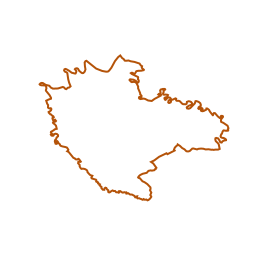 Ricaurte, Cundinamarca, Colombia (Equal Earth projection), rotated 107°
{"feature_id": "7082276B32773092643387", "entity_name": "Ricaurte", "entity_type": "district", "adm_level": 2, "iso_a3": "COL", "parent_name": "Colombia", "parent_adm1": "Cundinamarca", "projection": "equal_earth", "projection_center": [-74.719, 4.31], "detail": "fine", "context": "isolated", "style": "outline", "palette": "amber", "viewbox_px": 256, "rotation_deg": 107, "n_neighbors": 0, "source": "geoboundaries", "source_scale": "gbopen_adm2", "svg_char_len": 5766}
<svg xmlns="http://www.w3.org/2000/svg" viewBox="0 0 256 256"><g transform="rotate(107 128 128)"><path d="M190.9,87.4L188.9,86.2L187.0,85.6L186.6,85.8L185.6,87.1L183.0,86.8L181.0,88.8L179.7,88.6L178.2,89.2L176.0,93.1L175.0,96.3L174.7,98.6L172.6,101.9L172.6,103.4L172.2,103.9L170.5,103.3L169.3,102.5L167.5,100.6L165.4,97.0L163.0,95.9L161.9,93.9L161.8,92.7L160.6,90.4L159.7,90.2L159.2,89.6L158.9,89.8L157.8,89.2L154.5,93.5L153.7,96.0L151.3,93.4L146.4,89.8L140.9,83.8L141.5,82.6L135.9,76.8L135.2,77.7L133.1,77.5L131.1,76.5L130.1,75.7L129.2,75.7L130.0,72.9L131.3,70.4L131.9,67.7L133.1,65.5L133.1,64.6L132.7,63.3L131.9,62.2L128.9,60.5L128.5,59.6L128.3,55.7L127.4,54.7L126.3,52.1L125.8,49.8L125.8,47.5L124.8,44.8L124.4,41.8L124.0,40.8L123.9,39.7L123.1,38.1L122.3,35.5L121.2,34.2L117.0,36.5L116.1,37.8L114.9,40.2L113.6,41.1L112.3,41.4L111.7,40.8L111.6,38.8L113.2,36.8L114.4,35.9L114.7,34.6L114.4,34.1L113.2,33.8L112.0,32.6L111.0,30.7L110.5,30.8L110.2,31.2L109.7,32.7L109.6,33.9L109.9,35.0L109.6,36.5L108.7,37.1L106.7,37.0L106.0,36.5L103.9,36.5L102.6,36.1L102.3,35.8L102.0,33.4L101.3,31.6L100.7,31.5L100.0,32.2L98.8,31.9L96.7,33.5L95.2,38.3L94.9,40.7L94.0,41.2L92.6,41.5L89.6,40.4L89.1,40.6L88.9,41.0L88.9,41.7L89.2,42.5L91.2,42.7L91.6,43.2L90.6,45.6L88.4,49.1L88.4,49.5L88.6,50.2L89.0,50.4L90.9,50.5L91.0,50.7L88.4,54.4L87.0,55.8L86.2,57.8L86.4,58.7L87.7,58.7L88.2,59.0L88.8,60.0L89.5,60.4L90.2,61.7L90.3,62.9L89.9,63.4L89.4,63.3L88.1,62.2L87.5,62.7L87.4,63.9L88.6,64.9L89.1,65.8L88.8,66.5L87.5,66.5L86.5,65.8L85.7,64.9L84.6,65.1L83.2,66.1L82.6,67.4L82.3,68.8L82.3,70.6L82.6,71.3L85.0,71.3L90.8,74.3L91.8,75.6L92.0,77.2L91.3,77.8L90.8,77.8L89.0,76.4L87.3,74.3L86.5,73.9L85.6,73.9L84.7,75.2L84.5,76.7L84.7,77.9L85.8,79.3L87.6,79.0L88.4,79.6L89.1,82.3L88.9,83.3L87.2,86.4L87.2,87.5L87.7,89.1L87.6,89.8L87.1,90.3L85.9,90.5L85.8,91.3L87.7,93.4L88.6,94.9L89.1,95.2L90.1,94.6L91.0,94.7L91.9,95.6L92.1,96.4L91.8,97.0L90.1,97.2L89.5,96.9L88.2,95.7L87.3,95.7L86.7,96.8L87.0,98.6L90.1,100.3L90.2,100.6L89.9,101.2L88.8,101.9L87.8,101.3L87.1,99.7L84.8,99.4L84.7,100.1L85.1,102.1L85.6,103.2L85.7,104.0L84.7,104.6L83.0,104.4L81.8,105.0L80.4,103.7L80.2,103.7L79.9,104.2L80.4,106.0L81.7,108.0L82.9,108.2L84.5,107.2L85.4,107.2L86.4,108.5L87.1,108.8L87.2,108.1L86.0,106.5L86.2,106.2L87.4,106.1L92.4,111.1L95.2,113.2L95.8,116.8L95.2,120.1L95.3,121.6L96.7,124.6L96.6,125.7L96.1,126.3L95.3,126.4L94.8,125.9L94.8,124.8L94.5,124.2L93.2,124.5L92.2,126.2L91.2,126.5L87.0,130.0L85.4,130.4L82.9,132.7L82.3,133.6L82.0,134.5L82.1,135.8L83.0,137.7L82.9,138.5L81.8,140.5L81.5,140.6L80.8,140.2L80.2,136.8L80.6,134.4L81.8,132.4L81.5,131.6L80.8,131.3L79.9,131.4L79.1,131.9L78.4,132.8L76.9,133.0L76.3,133.4L75.2,140.2L74.7,141.3L74.2,140.9L73.9,139.9L74.0,139.3L74.6,138.7L74.5,137.8L73.6,137.2L71.2,136.6L70.3,134.9L69.4,132.2L68.1,129.9L67.6,129.9L66.8,131.9L66.0,132.6L64.8,132.6L64.4,134.1L63.0,135.8L62.9,141.1L63.4,144.9L63.3,147.2L64.3,149.6L64.5,150.9L63.4,152.2L62.8,154.1L60.9,156.6L63.0,158.1L67.8,160.0L75.2,161.5L78.6,162.8L79.8,163.6L80.3,164.6L80.6,165.8L81.0,169.4L80.5,175.8L75.9,187.4L76.5,188.2L78.0,188.6L81.4,187.3L84.4,185.8L86.8,185.9L88.5,186.8L88.9,187.8L88.8,188.6L87.6,191.4L86.0,193.1L85.8,194.3L86.6,195.7L87.3,196.0L88.3,194.5L88.8,194.0L90.1,193.9L91.2,194.1L91.4,194.4L91.6,198.0L90.5,201.0L89.8,204.1L89.8,205.1L90.4,205.9L91.5,206.0L92.3,205.2L92.6,204.6L92.7,203.0L93.2,202.1L98.9,199.4L101.8,197.6L104.9,195.1L106.4,196.0L107.1,197.3L108.9,198.4L108.9,199.4L108.0,200.9L107.8,202.3L110.7,206.6L112.3,211.3L111.9,213.6L110.6,215.6L110.8,219.3L109.9,222.6L110.1,223.7L110.8,224.7L112.0,225.3L112.5,224.6L112.5,223.4L111.6,219.9L111.9,218.7L113.9,217.6L115.9,217.6L116.4,217.3L119.6,212.5L121.7,210.4L122.5,210.2L124.0,212.3L125.8,214.2L128.4,212.4L129.4,211.1L131.8,210.5L132.1,210.0L132.3,208.7L131.7,207.9L131.7,207.4L132.3,206.8L133.7,206.8L135.2,207.8L135.8,208.6L136.5,208.3L137.6,206.3L137.5,205.8L138.5,203.8L138.6,202.9L138.9,202.6L139.4,202.1L140.0,202.4L140.3,203.1L140.9,203.1L142.5,201.9L142.4,201.2L141.4,200.2L142.3,198.9L142.9,199.1L144.3,201.2L144.9,201.3L145.3,200.8L146.0,198.8L146.9,197.5L149.6,195.9L150.7,197.7L152.0,198.5L154.1,200.5L154.7,200.5L155.8,198.9L156.3,199.0L156.5,199.8L156.9,199.9L157.6,198.9L157.4,197.5L156.8,197.0L155.5,196.9L154.6,195.5L154.6,194.0L155.3,192.8L156.4,192.5L158.0,193.5L159.6,193.5L160.5,194.1L161.4,194.2L162.4,194.0L164.2,192.7L164.2,192.0L163.7,191.3L163.2,191.2L162.8,191.7L162.4,193.0L161.6,192.9L161.2,191.8L161.8,190.9L162.8,190.0L163.6,188.3L164.3,187.9L164.7,187.3L164.8,185.5L164.5,182.0L164.6,180.6L166.2,178.7L167.0,178.7L168.0,179.3L168.3,177.7L172.5,171.5L172.6,170.0L173.2,169.1L173.2,168.3L172.7,167.1L172.0,166.5L172.2,165.6L174.0,163.3L174.3,163.5L174.8,165.6L176.3,165.4L177.5,163.4L178.9,163.0L180.2,161.6L180.7,160.6L180.1,159.3L179.9,158.2L179.9,156.7L180.4,155.0L181.3,154.1L182.1,153.8L183.8,150.9L184.1,150.0L184.1,148.1L186.3,148.5L186.8,147.9L186.8,143.5L187.2,143.0L188.5,142.8L188.7,142.3L188.5,141.8L188.7,140.8L188.9,140.5L189.7,140.5L189.9,140.1L190.1,138.4L190.9,138.6L191.6,137.4L191.9,137.2L191.9,136.4L192.1,136.1L193.3,135.8L194.4,134.0L194.0,132.6L192.6,132.8L191.7,132.2L191.7,131.2L192.9,130.0L193.3,128.7L193.6,128.4L194.8,128.3L195.1,127.8L195.1,127.1L194.6,126.4L193.1,125.4L192.2,124.4L192.5,123.3L192.0,122.0L192.9,120.5L192.5,119.1L192.6,117.9L192.1,117.6L191.1,118.1L190.6,117.0L191.4,114.5L191.0,113.4L190.5,112.9L190.5,111.8L190.0,110.8L190.2,110.4L190.7,110.7L191.2,110.4L191.0,109.8L190.3,108.7L191.0,106.6L190.5,104.7L191.0,102.2L192.2,100.8L192.1,100.4L191.4,100.6L190.7,99.3L191.8,99.3L192.5,98.3L191.9,96.7L192.1,95.9L192.1,94.3L192.4,93.2L192.2,92.7L191.4,92.3L191.7,90.9L191.0,89.4L191.5,88.3L190.9,87.4Z" fill="none" stroke="#b45309" stroke-width="2"/></g></svg>